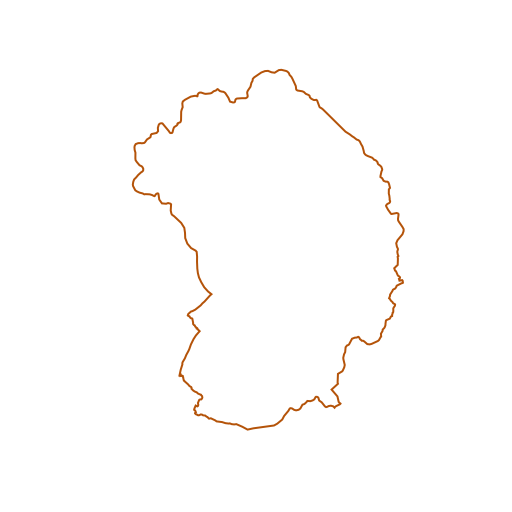 outline of Baños de Agua Santa, Tungurahua, Ecuador, rotated 315°
{"feature_id": "8360857B58135855754809", "entity_name": "Baños de Agua Santa", "entity_type": "district", "adm_level": 2, "iso_a3": "ECU", "parent_name": "Ecuador", "parent_adm1": "Tungurahua", "projection": "albers", "projection_center": [-78.297, -1.33], "detail": "fine", "context": "isolated", "style": "outline", "palette": "amber", "viewbox_px": 512, "rotation_deg": 315, "n_neighbors": 0, "source": "geoboundaries", "source_scale": "gbopen_adm2", "svg_char_len": 6137}
<svg xmlns="http://www.w3.org/2000/svg" viewBox="0 0 512 512"><g transform="rotate(315 256 256)"><path d="M403.6,140.7L398.8,139.6L396.9,137.1L395.4,133.6L393.1,131.6L389.5,130.0L381.0,128.4L379.0,128.5L377.4,129.7L375.2,130.3L371.8,132.4L367.2,133.3L365.9,133.8L365.1,134.4L363.2,137.1L362.1,137.6L360.4,137.2L358.0,134.8L353.9,131.2L353.0,130.9L352.1,130.9L350.1,132.1L349.1,131.9L348.3,131.2L346.8,128.5L348.4,124.5L349.5,119.1L349.4,118.0L349.1,116.9L348.1,115.6L347.1,113.9L346.9,110.9L346.5,110.7L344.6,110.6L342.6,109.6L339.8,109.3L338.5,108.6L335.1,105.8L334.3,104.7L332.7,101.5L331.5,100.5L330.5,100.3L329.1,100.5L327.6,101.6L327.3,101.5L327.3,101.1L326.7,100.2L325.9,99.4L322.6,97.2L316.2,95.3L313.5,95.0L311.8,96.0L309.4,98.9L306.7,100.1L305.1,101.1L299.0,107.0L298.0,107.6L297.5,107.8L296.8,107.8L294.6,106.8L294.0,106.9L293.8,107.4L293.0,107.6L292.0,107.6L289.7,107.1L288.9,107.1L287.5,107.7L284.4,109.5L283.7,109.6L282.8,109.0L282.4,108.4L282.3,107.9L282.7,105.9L283.6,96.1L282.9,95.2L282.0,94.6L281.1,94.3L279.9,94.5L277.2,96.0L275.0,98.5L272.7,98.7L268.5,96.0L267.4,96.0L265.5,97.3L265.0,97.3L261.3,96.5L257.8,97.1L256.7,96.9L254.9,95.5L254.1,94.4L252.5,92.9L250.1,91.8L248.2,92.3L247.0,93.1L245.2,95.2L243.8,97.7L239.8,101.6L238.6,103.1L238.2,105.1L237.8,109.5L238.6,111.7L238.5,113.2L237.9,114.7L236.6,115.8L235.2,115.9L234.0,115.6L230.0,115.4L226.8,115.7L224.1,115.7L223.5,115.9L221.6,116.8L219.4,118.4L218.5,119.7L217.1,124.2L217.5,126.2L218.5,128.9L220.1,131.6L220.6,133.4L221.7,134.2L224.5,137.3L225.6,139.4L226.4,141.8L226.9,142.0L228.3,141.6L229.6,141.6L230.7,142.1L230.9,142.4L231.0,142.8L230.7,143.4L227.5,147.7L226.7,152.3L229.4,155.5L231.3,156.4L232.5,158.5L232.5,159.4L227.8,163.6L226.1,166.3L225.8,167.5L226.2,169.9L226.5,179.7L225.2,185.4L222.2,189.4L218.6,193.3L216.2,198.7L215.7,204.5L217.1,209.5L217.0,211.1L213.9,214.8L210.3,218.3L205.6,223.4L202.8,227.0L200.5,230.9L200.1,232.1L198.8,235.7L197.3,241.5L197.0,247.2L197.5,251.5L195.3,251.4L187.4,251.8L184.6,251.6L182.0,251.8L175.1,251.0L172.0,250.0L170.8,249.3L167.1,249.1L165.7,249.8L165.7,250.1L165.9,251.0L166.3,251.5L165.9,253.0L166.0,254.0L166.6,254.8L166.6,255.4L164.3,258.8L163.5,259.5L163.3,260.9L163.6,261.8L163.1,262.9L163.2,264.1L162.8,265.1L163.4,265.5L163.3,266.0L162.8,266.6L163.0,267.6L163.0,269.3L157.3,269.7L153.1,270.6L147.5,272.5L142.9,274.7L140.7,275.5L136.9,276.6L133.3,278.1L129.0,279.2L128.1,279.7L127.3,280.6L122.5,283.1L117.7,286.2L118.1,286.4L117.8,286.8L118.7,286.9L118.1,287.8L118.6,288.2L119.0,288.1L119.4,289.1L118.8,289.8L118.8,290.2L118.1,291.1L117.1,292.7L117.1,293.2L116.9,293.3L117.2,298.7L117.0,300.9L117.5,302.9L117.3,303.5L116.5,304.3L116.5,306.9L116.9,308.7L117.7,310.5L117.7,312.1L118.3,313.8L119.0,315.2L118.8,315.6L118.8,317.0L117.9,318.2L117.0,318.6L115.9,318.7L115.2,318.0L114.2,317.6L113.3,317.9L111.0,318.9L109.9,320.5L108.8,321.0L108.1,320.8L107.6,319.1L104.6,320.3L103.5,321.0L103.7,322.3L103.0,324.0L102.0,323.9L101.6,324.2L101.6,325.4L102.1,326.4L102.2,327.2L102.6,327.9L103.4,328.5L104.8,328.9L105.2,329.4L105.6,329.8L105.9,331.2L107.3,333.0L107.4,334.7L107.8,335.5L107.7,337.6L107.9,337.9L109.3,338.8L110.9,343.3L111.2,345.1L114.6,349.5L116.2,352.6L118.4,355.4L119.1,355.8L119.9,357.7L121.5,359.7L123.2,361.0L125.6,367.1L127.3,372.8L132.3,376.0L148.9,388.6L152.5,389.6L158.9,390.2L162.8,389.0L169.3,388.4L172.0,387.7L172.9,388.1L173.7,389.3L174.2,391.8L175.2,393.5L177.4,394.9L179.5,395.2L183.7,394.0L185.6,394.9L188.3,395.0L189.8,394.8L191.8,397.1L194.0,398.2L195.9,398.6L198.3,397.9L198.9,398.0L199.6,398.8L199.9,399.6L199.8,400.5L198.6,402.6L198.5,403.2L199.0,405.9L198.4,411.1L198.7,412.4L199.7,413.0L201.3,413.5L203.1,414.8L204.3,416.9L204.3,418.8L205.2,418.6L206.5,418.8L210.2,420.1L211.1,420.2L211.4,420.1L211.2,418.7L211.3,417.6L214.3,412.9L215.0,403.9L223.6,404.3L224.2,403.2L230.6,397.3L235.3,398.5L236.3,398.4L239.7,397.1L241.7,395.8L244.8,390.8L245.7,389.7L248.7,387.8L251.1,387.0L254.8,383.9L257.0,383.6L258.4,384.2L259.3,384.3L265.4,382.4L268.1,383.6L269.6,384.9L271.1,385.4L271.3,385.8L271.3,386.6L270.7,388.5L270.9,389.4L270.9,390.8L271.7,391.5L272.1,392.7L272.4,397.0L273.9,398.9L275.6,399.9L282.1,402.3L283.5,402.4L287.0,401.4L287.5,401.5L289.4,399.3L292.5,398.5L293.6,397.6L295.8,397.6L297.1,397.2L298.7,396.4L299.5,395.6L302.1,393.6L302.8,393.5L306.3,394.9L308.6,394.2L309.8,394.7L310.8,393.7L311.9,393.3L312.3,392.8L313.3,392.7L314.2,392.0L315.8,390.3L316.6,389.9L319.1,389.4L320.1,388.6L320.1,388.0L319.6,386.7L319.6,386.1L319.9,385.3L319.8,382.9L320.3,381.0L320.2,380.0L322.3,379.1L323.6,378.1L327.7,377.2L328.9,376.7L329.7,376.8L330.8,377.3L331.7,377.4L333.4,377.0L334.5,376.5L339.6,378.2L340.6,378.8L341.0,378.8L342.2,377.2L342.3,376.4L340.0,374.9L340.9,373.3L341.5,373.6L342.6,373.1L342.8,372.8L342.8,371.4L342.5,370.4L342.7,369.6L344.2,365.8L344.0,364.6L345.1,362.4L346.6,362.5L347.3,362.3L348.0,362.5L349.9,362.5L354.5,358.2L355.6,356.7L356.7,356.7L357.3,355.2L358.6,353.3L359.3,352.6L360.9,351.8L361.5,351.1L362.2,349.1L364.2,346.1L367.2,344.9L374.9,344.2L377.9,342.8L379.4,341.4L380.1,338.9L381.3,332.5L381.7,331.3L382.6,330.2L386.0,327.6L386.5,326.9L386.5,326.3L385.9,325.1L381.6,322.2L381.3,321.5L382.1,316.7L383.1,313.2L383.5,312.4L384.5,312.1L385.7,312.1L387.8,312.8L388.9,312.6L389.6,312.1L390.2,310.7L390.7,310.4L392.8,307.8L394.1,305.7L397.1,302.8L398.9,302.6L400.9,299.3L401.7,297.4L401.3,296.1L400.3,295.2L399.4,293.1L400.2,290.2L399.8,288.2L400.5,287.5L404.4,285.0L406.2,284.3L406.8,283.5L407.7,281.5L407.7,279.9L407.3,277.5L407.6,276.5L408.2,275.8L408.4,273.8L408.2,272.7L407.5,271.3L407.7,270.4L407.6,268.5L405.8,264.5L405.1,262.5L405.0,261.2L405.3,259.5L406.5,257.8L408.7,253.9L409.4,251.2L410.4,248.4L410.4,246.6L409.5,244.8L409.1,241.1L408.7,239.6L408.3,236.3L407.2,231.4L407.0,199.8L406.8,197.9L406.3,196.3L406.3,195.5L409.2,189.2L409.0,188.1L407.9,187.4L407.1,186.4L406.3,183.9L406.3,181.9L407.1,180.7L407.1,179.5L405.9,176.6L405.8,173.7L405.1,172.1L402.4,168.4L402.1,167.3L402.3,166.5L404.3,164.0L407.1,156.4L407.7,154.3L407.8,151.7L408.6,149.8L408.6,147.8L408.1,146.4L405.6,142.3L403.6,140.7Z" fill="none" stroke="#b45309" stroke-width="2"/></g></svg>